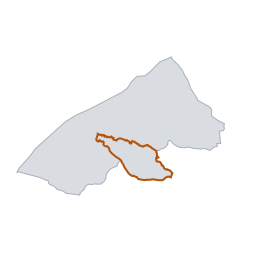 location of Nimba within Liberia, rotated 107°
{"feature_id": "LBR-791", "entity_name": "Nimba", "entity_type": "County", "adm_level": 1, "iso_a3": "LBR", "parent_name": "Liberia", "parent_adm1": "", "projection": "robinson", "projection_center": [-8.946, 6.763], "detail": "fine", "context": "in_parent", "style": "outline", "palette": "amber", "viewbox_px": 256, "rotation_deg": 107, "n_neighbors": 0, "source": "natural_earth", "source_scale": "10m", "svg_char_len": 5456}
<svg xmlns="http://www.w3.org/2000/svg" viewBox="0 0 256 256"><g transform="rotate(107 128 128)"><path d="M47.4,107.4L49.5,105.4L52.6,99.1L56.9,92.9L60.9,89.3L64.0,85.5L67.4,82.7L72.2,79.3L79.5,70.5L81.2,69.5L82.4,63.4L84.2,55.6L86.3,53.2L91.3,51.8L92.5,50.4L94.3,44.9L95.4,38.6L95.5,37.2L97.5,37.0L100.8,35.6L102.8,36.3L103.6,38.1L104.1,39.6L114.2,35.7L115.1,34.8L115.7,35.0L117.0,38.6L117.7,38.3L118.3,37.3L119.0,37.2L119.8,37.7L120.6,39.4L121.9,40.9L124.1,41.9L125.5,43.4L125.3,47.2L125.8,50.9L126.8,51.8L127.3,54.0L127.6,56.5L128.1,57.7L128.5,60.2L128.3,62.8L128.7,64.7L130.3,67.9L131.3,72.0L131.3,74.8L130.7,77.8L129.6,80.6L127.7,83.6L127.6,84.8L128.7,85.5L130.4,85.7L131.8,85.1L135.4,86.5L137.3,88.4L139.0,90.9L140.5,92.1L141.2,93.7L143.7,93.2L146.7,91.8L147.3,91.1L148.2,91.4L150.1,91.6L151.4,88.9L152.5,85.8L154.8,82.5L155.9,81.2L156.2,79.1L156.4,76.3L157.2,74.0L159.1,72.6L161.2,72.7L162.3,73.1L162.8,75.5L164.5,77.2L165.9,78.4L166.6,78.9L167.8,80.3L168.9,84.9L173.3,100.0L173.1,104.1L172.3,106.8L172.2,109.5L171.9,112.1L169.2,116.4L161.3,125.2L161.9,126.0L163.8,127.0L165.8,127.5L167.3,127.2L169.3,129.4L171.5,132.1L173.7,133.6L177.0,134.8L179.9,135.0L182.3,134.5L185.7,135.0L189.4,137.3L190.7,141.1L191.5,144.4L192.8,146.1L193.0,148.9L195.6,151.4L199.3,151.9L204.1,154.8L205.3,154.7L205.8,154.3L206.4,154.8L207.6,163.3L208.6,167.8L208.1,169.6L207.4,171.0L207.4,177.8L205.2,181.8L204.9,186.1L204.3,187.5L201.9,188.7L201.9,192.0L201.3,196.0L201.1,200.2L201.7,211.3L201.8,219.6L202.9,221.2L198.4,220.5L185.1,214.2L174.9,210.5L140.6,189.9L131.1,181.6L120.1,169.2L95.7,144.3L90.1,140.3L83.1,138.4L78.8,136.3L75.7,134.0L73.2,127.1L67.1,123.0L55.9,117.2L47.4,107.4Z" fill="#d9dde1" stroke="#a8b0b8" stroke-width="1"/><path d="M165.9,78.4L167.6,79.4L168.3,80.9L169.1,84.1L169.6,88.4L169.8,89.3L170.0,89.8L170.7,90.9L170.9,91.5L171.3,92.8L171.4,93.2L171.9,93.8L172.1,94.2L172.1,94.5L172.0,95.1L172.0,95.3L172.2,95.6L172.8,96.3L173.0,96.7L173.1,97.2L173.2,98.2L173.8,102.5L173.7,103.6L173.4,104.0L172.6,104.7L172.4,105.1L172.4,105.8L172.4,106.6L172.4,107.3L171.9,108.5L172.1,108.8L172.4,109.1L172.6,109.3L172.6,109.9L172.6,110.6L172.2,111.9L171.7,113.2L171.2,114.2L167.7,118.6L166.9,119.6L164.1,122.1L163.5,122.9L163.4,122.9L162.8,123.3L162.7,123.3L162.8,123.3L162.6,124.0L162.3,124.3L161.9,124.4L161.7,124.5L160.7,125.8L160.0,127.5L159.1,131.0L156.8,136.4L156.2,137.4L155.3,138.6L154.2,139.6L153.1,140.0L152.6,140.4L152.1,141.8L151.5,142.4L151.9,143.1L152.0,144.2L151.9,145.3L151.5,146.2L150.9,146.7L149.3,146.9L148.6,147.1L148.1,147.9L148.4,148.4L148.9,148.9L148.9,149.3L148.2,150.3L148.0,151.4L148.2,151.8L148.8,151.2L149.3,151.8L149.7,152.5L149.6,153.3L149.0,154.3L148.6,154.8L148.0,155.1L143.4,155.0L142.4,155.3L142.5,154.2L142.6,153.9L142.9,153.2L143.0,153.0L142.9,152.8L142.7,152.5L142.3,151.9L142.2,151.6L142.2,151.4L142.2,151.1L142.4,150.8L142.6,150.5L142.8,150.4L142.6,150.2L142.3,149.8L142.2,149.6L142.1,149.4L141.9,149.4L141.8,149.2L141.9,148.5L142.0,148.4L142.4,148.3L142.6,148.3L142.8,148.2L143.0,148.0L143.1,147.9L143.1,147.7L142.4,147.2L142.2,147.0L142.2,146.8L142.2,146.7L142.3,146.5L142.9,145.7L143.0,145.5L143.0,145.4L142.9,145.2L142.6,144.5L142.5,144.4L142.3,144.3L142.1,144.2L142.1,143.9L142.3,143.4L142.3,142.7L142.2,142.5L142.2,142.4L142.0,142.2L141.1,141.6L141.0,141.4L141.2,141.2L141.4,141.1L141.5,141.0L141.5,140.8L141.5,140.7L141.7,140.4L141.7,140.0L141.7,139.8L141.8,139.8L141.8,139.7L141.9,139.8L142.0,139.9L142.0,140.1L142.4,139.8L142.5,139.7L142.6,139.0L142.6,138.9L143.2,138.6L143.3,138.5L143.4,138.4L143.4,138.2L143.3,137.7L143.3,137.4L143.2,137.1L143.1,136.2L143.1,135.9L143.2,135.7L143.4,135.5L143.3,135.4L143.1,135.2L142.3,134.8L141.4,134.5L140.9,133.9L140.1,132.0L140.2,130.7L140.3,130.0L140.3,129.8L140.2,129.1L140.2,128.8L140.3,128.5L140.6,127.6L140.8,126.5L140.8,126.4L140.7,126.2L140.4,126.0L140.1,126.1L139.9,126.0L139.8,125.9L140.2,125.1L140.3,124.9L140.4,123.6L140.6,123.2L141.1,122.5L141.1,122.4L141.8,122.1L142.0,121.8L142.0,121.7L142.1,121.2L142.2,120.9L142.1,120.7L141.9,120.5L141.7,120.4L141.4,120.3L141.1,120.5L140.8,120.7L140.3,120.6L138.5,119.9L138.9,119.9L139.1,119.8L139.3,119.6L139.5,118.9L139.5,118.6L139.2,118.1L139.2,117.8L139.5,117.4L139.6,117.2L139.7,116.9L139.9,116.3L139.8,116.0L139.8,115.8L140.1,115.3L140.2,115.1L140.2,114.9L140.3,114.7L140.6,114.4L140.7,114.2L140.6,113.7L140.4,113.5L140.4,113.3L140.5,113.1L140.7,112.9L140.9,112.8L141.0,112.6L141.3,112.3L141.4,112.1L141.4,111.8L141.3,110.9L141.2,110.4L141.3,110.0L141.5,108.7L141.5,108.4L141.1,108.0L140.9,107.6L140.6,107.5L140.3,107.4L140.2,107.2L140.1,106.7L139.8,106.4L139.7,106.1L139.6,105.8L139.5,105.5L139.4,105.4L139.0,105.2L138.9,105.0L138.6,104.7L138.4,104.4L138.4,104.2L139.1,103.4L139.2,102.7L139.2,102.3L139.4,101.7L139.4,101.3L139.5,100.6L140.2,99.5L141.5,94.7L141.6,94.2L141.8,94.2L142.4,94.1L142.9,93.9L143.4,93.4L143.9,92.9L144.5,92.6L145.1,92.6L145.5,92.4L146.3,92.1L146.5,92.1L146.6,91.4L146.8,91.4L147.2,91.6L147.4,90.5L147.9,90.9L148.7,92.2L149.2,92.1L150.9,91.4L151.3,91.1L151.6,90.2L151.4,89.4L151.1,88.6L151.0,87.8L151.2,87.4L151.6,86.7L152.3,85.7L152.7,85.5L153.3,85.3L153.6,84.9L153.8,84.5L153.8,83.6L154.0,83.2L155.3,82.3L156.0,81.4L156.4,80.6L156.5,79.8L156.5,78.7L156.4,78.5L156.2,78.5L156.0,78.4L156.0,78.1L156.1,77.8L156.3,77.4L156.3,77.1L156.4,75.6L156.7,74.7L157.7,73.3L158.0,72.4L162.7,72.6L162.5,74.3L162.8,75.5L163.5,76.5L164.7,77.6L165.9,78.4Z" fill="none" stroke="#b45309" stroke-width="2"/></g></svg>